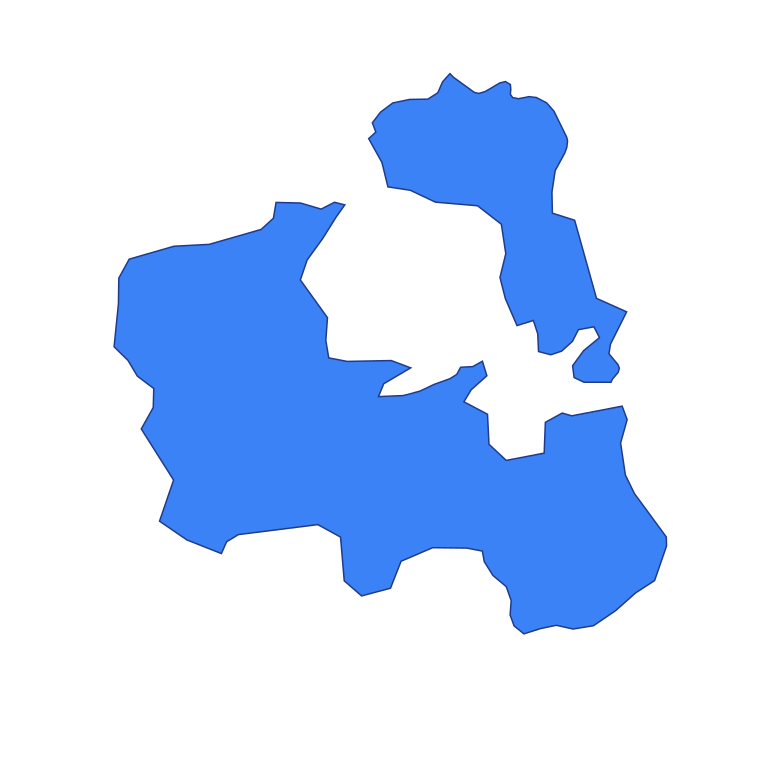 map outline of Csongrád (Albers equal-area conic projection), rotated 256°
{"feature_id": "HUN-3172", "entity_name": "Csongrád", "entity_type": "County", "adm_level": 1, "iso_a3": "HUN", "parent_name": "Hungary", "parent_adm1": "", "projection": "albers", "projection_center": [20.284, 46.456], "detail": "fine", "context": "isolated", "style": "filled", "palette": "blue", "viewbox_px": 768, "rotation_deg": 256, "n_neighbors": 0, "source": "natural_earth", "source_scale": "10m", "svg_char_len": 2019}
<svg xmlns="http://www.w3.org/2000/svg" viewBox="0 0 768 768"><g transform="rotate(256 384 384)"><path d="M167.3,620.9L158.5,619.0L127.8,599.0L120.4,577.5L108.1,554.0L98.8,528.8L100.5,508.2L108.2,492.8L108.8,476.4L107.7,459.3L117.8,451.7L129.4,450.5L143.1,455.0L157.8,453.6L171.8,443.4L187.4,438.3L198.1,439.0L204.8,424.5L213.4,391.6L207.9,357.7L184.3,340.9L183.8,311.0L202.6,297.8L246.0,304.8L263.6,285.7L273.1,206.3L269.0,193.1L258.8,185.2L280.4,155.0L305.2,133.0L341.7,156.6L399.1,137.6L417.0,154.4L435.3,159.5L451.3,146.6L468.8,141.3L485.4,131.1L526.0,145.7L550.9,152.3L566.8,167.0L568.5,213.4L561.8,248.1L563.7,302.2L571.6,316.8L586.3,323.2L579.8,346.8L568.9,365.3L572.3,379.9L567.3,389.3L557.5,377.9L539.7,359.4L522.9,339.4L505.2,328.0L462.0,345.2L440.4,338.1L422.7,336.7L414.8,353.8L405.0,396.7L393.2,413.8L384.3,383.8L373.1,375.6L368.1,400.0L368.4,417.2L371.5,432.5L373.2,449.3L375.7,456.9L381.7,462.4L379.4,474.3L382.3,485.0L367.1,485.8L357.3,467.2L347.4,457.2L329.6,477.1L300.1,471.3L280.3,484.1L278.2,522.7L307.8,531.3L312.7,549.9L307.7,558.5L304.9,609.7L290.6,611.3L269.5,599.3L237.3,596.2L217.0,600.5L209.3,603.7L167.3,620.9ZM669.2,523.1L664.8,525.6L645.2,542.1L643.0,546.2L643.3,553.0L648.1,569.2L648.1,575.0L644.0,579.1L639.2,578.3L634.5,576.7L630.8,578.1L628.3,583.5L627.8,592.4L627.8,594.0L625.1,601.2L617.4,609.8L607.6,614.9L579.2,621.0L575.4,620.9L569.3,618.6L564.3,615.2L549.6,601.7L529.6,593.4L509.0,588.7L496.8,608.6L415.7,610.9L395.3,636.9L367.9,613.4L358.9,609.6L346.2,615.7L342.5,616.2L338.7,614.1L333.5,606.9L330.8,604.7L337.3,578.5L344.3,570.0L356.1,571.4L368.0,585.7L376.9,604.3L388.7,601.5L389.7,585.8L379.8,577.2L372.9,564.3L372.0,552.9L378.1,541.8L395.5,545.3L409.5,544.3L408.5,527.2L437.5,522.4L459.3,522.3L481.0,533.7L510.6,536.5L534.3,517.9L548.0,477.9L565.6,456.4L574.3,435.5L599.4,435.6L625.8,428.5L630.4,437.0L640.3,435.9L648.7,446.5L654.6,460.6L653.9,477.8L649.8,495.5L653.6,506.7L663.1,514.0L669.1,522.9L669.2,523.1Z" fill="#3b82f6" stroke="#1e3a8a" stroke-width="1.5"/></g></svg>